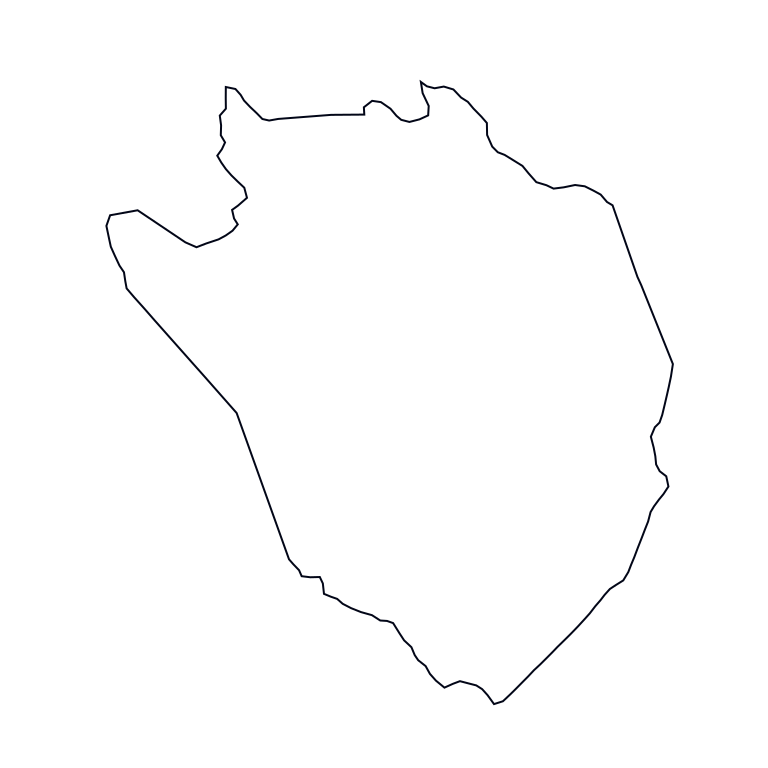 outline of Brejões, Bahia, Brazil, rotated 187°
{"feature_id": "56859067B95003995902113", "entity_name": "Brejões", "entity_type": "district", "adm_level": 2, "iso_a3": "BRA", "parent_name": "Brazil", "parent_adm1": "Bahia", "projection": "mercator", "projection_center": [-39.848, -13.069], "detail": "fine", "context": "isolated", "style": "outline", "palette": "ink", "viewbox_px": 768, "rotation_deg": 187, "n_neighbors": 0, "source": "geoboundaries", "source_scale": "gbopen_adm2", "svg_char_len": 2212}
<svg xmlns="http://www.w3.org/2000/svg" viewBox="0 0 768 768"><g transform="rotate(187 384 384)"><path d="M456.9,198.4L452.1,194.1L445.6,188.8L442.3,183.2L433.6,183.2L424.2,184.6L420.4,178.6L418.0,168.4L410.8,166.4L404.3,165.0L398.2,160.8L389.3,157.5L379.0,154.8L367.8,153.1L358.9,148.8L352.1,149.2L345.8,147.8L338.2,138.4L332.8,132.0L324.7,126.1L320.5,118.7L316.4,114.0L308.3,109.1L303.1,101.9L296.3,95.9L287.0,90.0L279.1,94.8L272.4,98.3L264.2,97.2L255.7,96.1L249.4,93.1L243.3,87.8L235.8,79.7L227.3,83.6L220.8,91.4L216.2,97.2L210.8,104.2L205.3,111.3L200.2,118.3L194.8,124.7L189.6,131.3L184.1,138.4L179.7,144.3L174.3,151.0L168.0,159.0L161.9,167.1L156.2,175.1L151.8,181.4L147.2,189.2L142.7,195.9L139.4,201.5L134.8,208.1L129.5,212.6L122.6,218.2L118.6,227.1L116.7,234.7L114.5,242.5L112.1,252.4L109.3,263.2L107.3,271.3L105.1,279.7L103.8,289.4L101.1,295.5L97.0,302.8L93.2,308.8L89.2,316.9L92.6,326.8L99.7,331.0L104.1,337.3L105.9,345.4L108.6,353.8L112.7,364.2L109.9,374.1L105.8,379.3L104.1,387.1L102.9,397.6L101.8,407.8L101.0,415.8L100.1,426.3L99.7,439.0L140.7,513.4L145.5,521.2L178.9,589.2L184.8,591.8L192.0,598.4L199.8,601.5L208.8,604.7L218.6,604.8L229.6,601.1L239.5,598.6L247.0,601.1L257.4,602.9L266.2,610.7L273.1,617.3L281.5,621.2L292.2,626.1L299.3,627.9L305.5,632.8L312.0,643.7L313.7,655.6L319.9,661.2L328.8,668.3L335.2,674.3L342.4,677.7L351.0,684.8L360.9,686.5L369.8,683.7L377.7,684.7L384.2,688.3L381.1,677.4L373.5,665.4L372.9,656.0L381.0,651.0L390.7,647.2L399.1,648.3L404.3,651.7L411.1,658.0L421.4,663.4L430.3,663.6L437.7,656.2L436.4,649.0L469.2,644.7L521.3,634.2L530.1,631.5L537.0,632.2L543.1,637.1L550.7,642.7L557.5,648.3L561.5,653.5L567.4,658.7L577.2,659.5L575.9,648.3L574.5,638.0L579.7,630.4L577.2,620.8L576.3,611.0L571.2,604.4L573.5,597.3L577.3,590.3L572.5,584.0L567.1,578.0L560.8,572.4L554.0,567.2L546.6,561.8L542.7,552.1L550.7,543.2L556.0,538.3L553.0,530.0L548.6,524.6L553.0,517.7L559.2,512.1L565.8,507.4L577.6,501.8L586.8,496.9L598.4,500.4L649.7,526.4L676.4,518.1L678.8,507.1L674.3,493.9L671.9,487.0L666.9,478.7L661.0,469.3L655.7,463.2L653.3,454.5L651.1,447.5L642.6,439.7L630.9,429.5L619.3,419.1L575.9,380.8L563.6,370.0L526.7,337.2L456.9,198.4Z" fill="none" stroke="#020617" stroke-width="2"/></g></svg>